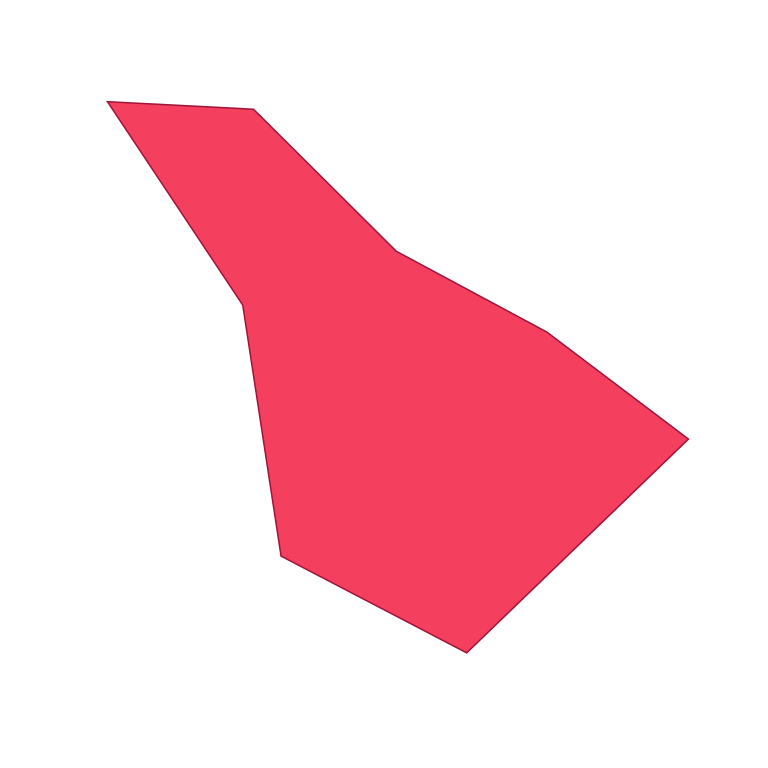 SVG path tracing the border of Schellenberg, rotated 97°
{"feature_id": "LIE-4899", "entity_name": "Schellenberg", "entity_type": "state/province", "adm_level": 1, "iso_a3": "LIE", "parent_name": "Liechtenstein", "parent_adm1": "", "projection": "equal_earth", "projection_center": [9.531, 47.238], "detail": "fine", "context": "isolated", "style": "filled", "palette": "rose", "viewbox_px": 768, "rotation_deg": 97, "n_neighbors": 0, "source": "natural_earth", "source_scale": "10m", "svg_char_len": 276}
<svg xmlns="http://www.w3.org/2000/svg" viewBox="0 0 768 768"><g transform="rotate(97 384 384)"><path d="M401.6,75.1L640.8,269.2L567.4,465.2L322.9,533.8L137.5,692.9L127.2,547.0L250.8,387.9L312.6,228.7L401.6,75.1Z" fill="#f43f5e" stroke="#9f1239" stroke-width="1.5"/></g></svg>